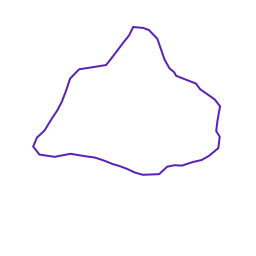 outline of Kakopetria, Nicosia, Cyprus, rotated 227°
{"feature_id": "46923920B80609054396383", "entity_name": "Kakopetria", "entity_type": "district", "adm_level": 2, "iso_a3": "CYP", "parent_name": "Cyprus", "parent_adm1": "Nicosia", "projection": "equal_earth", "projection_center": [32.895, 34.968], "detail": "fine", "context": "isolated", "style": "outline", "palette": "violet", "viewbox_px": 256, "rotation_deg": 227, "n_neighbors": 0, "source": "geoboundaries", "source_scale": "gbopen_adm2", "svg_char_len": 837}
<svg xmlns="http://www.w3.org/2000/svg" viewBox="0 0 256 256"><g transform="rotate(227 128 128)"><path d="M179.1,46.0L169.0,45.1L157.0,54.6L148.3,68.4L137.0,77.1L129.0,83.6L121.0,88.0L111.7,92.4L105.7,96.0L98.4,99.6L91.0,102.5L83.7,106.9L73.0,119.3L73.0,130.2L69.0,136.7L63.7,141.8L59.0,152.0L54.4,160.0L52.4,168.0L51.7,180.3L55.2,184.5L59.0,189.1L65.7,190.5L69.2,194.7L72.4,198.5L74.9,201.9L76.0,203.3L81.0,210.1L89.7,210.9L97.0,209.4L107.0,207.2L114.3,208.0L117.7,206.3L123.5,203.5L133.3,198.8L137.4,199.8L143.3,199.0L153.1,201.4L154.3,201.9L173.2,210.3L185.4,210.1L187.6,209.0L191.0,207.2L198.3,200.7L197.8,199.3L195.0,192.0L193.6,182.5L190.3,163.6L189.0,154.9L196.3,144.0L204.3,132.3L203.6,119.3L197.6,108.3L192.3,97.4L189.0,88.0L187.0,79.3L183.1,65.3L183.1,54.9L179.1,46.0Z" fill="none" stroke="#5b21b6" stroke-width="2"/></g></svg>